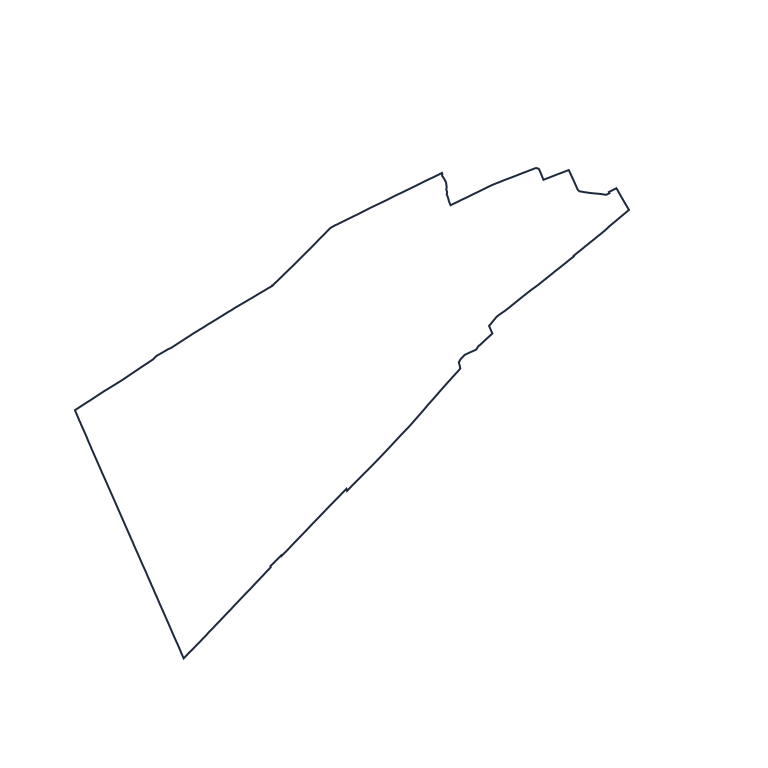 Lam Luk Ka, Pathum Thani, Thailand (Natural Earth projection), rotated 156°
{"feature_id": "78962969B96049441570436", "entity_name": "Lam Luk Ka", "entity_type": "district", "adm_level": 2, "iso_a3": "THA", "parent_name": "Thailand", "parent_adm1": "Pathum Thani", "projection": "natural_earth1", "projection_center": [100.778, 13.992], "detail": "fine", "context": "isolated", "style": "outline", "palette": "slate", "viewbox_px": 768, "rotation_deg": 156, "n_neighbors": 0, "source": "geoboundaries", "source_scale": "gbopen_adm2", "svg_char_len": 5977}
<svg xmlns="http://www.w3.org/2000/svg" viewBox="0 0 768 768"><g transform="rotate(156 384 384)"><path d="M677.4,452.9L677.4,450.4L677.4,445.7L677.5,443.8L677.5,441.6L677.6,419.6L677.7,417.5L677.6,414.9L677.7,381.5L677.9,351.3L677.9,345.5L677.9,343.9L677.9,341.2L678.0,338.7L678.0,336.3L678.0,334.0L678.0,331.4L678.0,328.8L678.0,325.2L678.0,324.0L678.1,318.7L678.0,311.6L678.0,308.2L678.1,303.7L678.1,296.6L678.2,293.3L678.1,292.7L678.1,290.5L678.2,287.5L678.2,284.9L678.2,281.8L678.2,278.2L678.3,275.2L678.3,272.0L678.3,268.8L678.3,265.2L678.3,261.1L678.3,260.5L678.4,259.9L678.4,259.7L678.4,259.4L678.3,259.0L678.4,255.2L678.3,254.9L678.3,254.5L678.3,254.4L678.4,253.1L678.3,252.6L678.4,251.3L678.4,251.0L678.4,250.9L678.3,250.7L678.4,250.3L678.4,249.9L678.4,248.2L678.4,245.6L678.5,240.0L678.5,233.3L678.5,232.5L678.5,231.7L678.4,230.2L678.4,229.8L678.4,229.3L678.5,228.3L678.4,226.8L678.5,225.5L678.5,224.6L678.5,224.3L678.5,223.1L678.6,219.6L678.6,214.8L671.4,217.8L668.1,219.0L664.3,220.5L661.6,221.6L658.2,222.9L654.3,224.5L652.9,225.1L650.9,225.9L650.0,226.2L648.3,226.9L647.1,227.5L645.4,228.3L644.0,228.9L642.9,229.3L639.5,230.6L636.7,231.8L634.3,232.8L630.3,234.4L621.9,237.9L615.6,240.4L611.8,242.1L609.1,243.2L602.6,245.9L597.2,248.1L595.3,248.9L588.5,251.6L583.6,253.7L579.8,255.3L579.4,255.5L578.1,255.9L575.3,257.2L574.3,257.6L573.5,257.8L572.0,258.5L569.5,259.6L567.3,260.5L564.3,261.7L562.0,262.7L561.9,263.8L559.4,264.7L555.0,266.4L547.6,269.2L547.6,268.6L540.0,271.5L530.7,275.4L521.9,278.9L513.3,282.4L506.2,285.4L500.6,287.6L485.7,293.7L477.9,296.8L467.5,300.9L461.0,303.5L461.2,301.4L453.9,304.4L448.1,306.6L438.6,310.3L432.0,312.8L424.7,315.7L417.7,318.5L405.4,323.6L388.3,330.9L378.8,334.7L375.7,336.1L358.2,344.2L354.4,346.0L353.5,346.5L351.9,347.3L347.1,349.4L342.5,351.5L338.7,353.3L334.9,355.1L330.4,357.1L324.9,359.6L324.3,359.9L322.8,360.5L318.6,362.4L316.3,363.4L314.5,364.2L312.1,365.2L308.0,367.1L307.4,369.8L306.8,373.5L306.7,373.6L305.7,374.1L305.4,374.3L304.9,374.8L304.5,375.2L304.0,375.5L298.6,377.7L298.4,377.8L292.3,377.9L285.9,377.9L285.7,378.0L282.0,380.4L281.7,380.3L281.4,380.4L280.2,380.7L277.5,381.6L273.3,383.1L269.4,384.4L264.5,386.0L264.4,394.4L262.5,395.2L261.6,395.6L261.2,395.9L254.2,399.4L253.1,399.8L251.0,400.3L243.0,401.8L242.0,402.1L239.4,402.7L235.0,403.9L230.1,405.2L221.9,407.4L218.0,408.4L217.2,408.6L213.7,409.5L212.5,409.8L203.0,411.8L200.4,412.5L184.7,416.6L182.0,417.4L179.8,417.9L172.0,419.9L171.9,419.9L162.7,422.4L158.8,423.3L158.8,423.9L155.0,425.0L148.3,426.7L144.8,427.7L144.3,427.9L142.1,428.4L140.2,428.9L139.8,429.0L138.6,429.4L137.2,429.7L135.3,430.2L134.2,430.5L133.0,430.8L131.9,431.1L129.1,431.9L126.2,432.6L123.7,433.3L123.0,433.5L120.1,434.3L117.9,435.0L114.3,436.3L104.8,439.0L97.5,441.1L95.0,441.8L89.4,443.4L90.0,448.5L91.2,459.3L91.6,463.8L91.9,466.9L92.1,468.3L98.5,468.0L100.5,467.9L100.5,466.6L102.3,466.5L104.1,466.5L106.1,467.7L106.8,468.2L108.3,469.1L108.9,469.5L110.4,470.4L112.2,471.4L117.1,474.1L122.5,477.5L126.7,480.3L127.0,480.6L127.3,481.0L127.7,481.8L128.0,482.8L128.0,483.5L128.0,484.1L128.0,485.5L128.0,490.1L128.0,494.8L128.2,504.3L133.3,504.6L136.0,504.7L140.1,505.0L142.6,505.1L145.1,505.2L149.0,505.4L155.3,505.7L155.2,508.2L155.1,510.6L155.0,512.8L155.0,515.7L155.0,517.0L155.0,517.3L155.1,517.5L155.2,517.8L155.9,518.4L156.4,518.9L156.9,519.2L157.4,519.4L157.7,519.5L158.1,519.6L158.6,519.6L159.5,519.7L162.3,519.8L173.5,520.4L178.7,520.6L184.3,520.9L188.8,521.2L193.4,521.4L197.0,521.5L199.9,521.7L204.9,521.8L208.3,521.7L210.8,521.6L212.8,521.5L227.8,521.0L232.4,520.8L239.1,520.7L242.1,520.5L246.4,520.4L248.4,520.3L249.5,520.3L250.4,520.2L250.5,521.4L250.3,524.6L250.3,525.1L250.1,525.8L249.9,526.9L249.8,527.9L249.6,529.7L249.6,531.4L249.5,531.7L249.5,531.9L249.4,532.0L249.0,532.5L248.8,532.7L248.7,533.0L248.5,533.3L248.3,533.9L248.2,534.3L248.0,535.9L248.0,536.1L248.0,536.3L247.8,536.7L247.7,536.8L247.1,537.6L247.0,537.8L246.7,538.4L245.7,541.6L245.6,541.9L245.4,543.0L245.4,543.6L245.4,543.8L245.5,546.6L245.7,547.8L245.8,548.5L246.1,549.9L246.2,550.4L246.2,550.6L246.2,550.8L246.1,551.0L245.1,552.7L245.1,552.8L245.1,553.2L245.3,553.2L249.9,553.0L250.8,553.0L254.5,552.8L257.0,552.8L262.5,552.7L275.3,552.1L290.2,551.6L296.5,551.5L304.2,551.1L305.2,551.0L305.8,551.0L307.3,550.9L307.6,550.9L324.3,550.5L339.1,549.7L348.7,549.4L360.6,548.9L361.6,548.8L363.5,548.9L364.9,548.8L365.7,548.7L368.6,548.5L370.0,548.2L378.7,544.7L383.8,542.8L387.6,541.2L397.2,537.4L400.8,536.1L421.3,528.2L421.7,528.1L422.2,528.0L424.0,527.3L425.3,526.8L428.9,525.5L430.5,524.9L432.1,524.3L434.0,523.6L439.4,521.6L441.4,520.9L443.7,520.1L443.9,520.1L444.0,520.1L444.6,519.8L444.7,519.7L444.8,519.6L445.2,519.5L445.6,519.4L446.0,519.5L446.1,519.1L449.0,518.8L451.6,518.5L453.9,518.2L455.5,518.0L461.1,517.4L469.2,516.4L472.0,516.1L475.6,515.7L478.9,515.3L482.0,515.0L484.7,514.7L486.9,514.4L487.1,514.4L487.3,514.4L487.7,514.4L488.4,514.3L488.6,514.2L489.3,514.2L490.7,514.0L491.5,513.8L492.5,513.6L494.7,513.4L495.2,513.3L496.3,513.2L496.6,513.2L497.7,513.1L498.0,513.0L498.4,513.0L499.0,512.9L499.7,512.8L499.9,512.7L501.8,512.5L502.1,512.4L503.1,512.3L503.3,512.2L504.1,512.2L505.0,512.0L505.6,512.0L506.6,511.8L507.4,511.7L507.7,511.7L508.7,511.5L509.6,511.4L510.0,511.4L511.2,511.2L512.7,511.0L515.0,510.7L516.0,510.6L517.4,510.4L520.3,510.1L523.8,509.5L527.2,509.0L529.5,508.8L531.6,508.5L533.2,508.2L534.9,508.1L535.6,508.0L538.5,507.6L540.1,507.3L540.9,507.1L541.3,507.1L542.6,506.9L544.0,506.7L558.5,504.4L563.4,503.6L567.1,503.6L577.0,502.5L580.6,502.2L585.0,500.4L600.6,497.8L621.5,494.1L638.3,491.8L643.2,491.2L659.5,488.5L663.7,487.9L677.0,485.8L677.0,485.0L677.0,484.2L677.1,483.2L677.0,482.0L677.1,480.3L677.1,479.6L677.1,477.9L677.1,476.5L677.2,475.4L677.2,474.1L677.1,472.5L677.2,470.9L677.2,469.6L677.2,463.3L677.2,461.0L677.2,457.6L677.2,456.4L677.3,455.0L677.3,453.6L677.3,453.4L677.3,452.9L677.4,452.9Z" fill="none" stroke="#1e293b" stroke-width="2"/></g></svg>